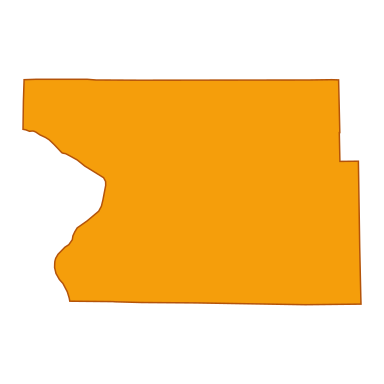 outline of Madison, Illinois, United States of America
{"feature_id": "52423323B93298735954230", "entity_name": "Madison", "entity_type": "district", "adm_level": 2, "iso_a3": "USA", "parent_name": "United States of America", "parent_adm1": "Illinois", "projection": "equal_earth", "projection_center": [-90.091, 38.828], "detail": "fine", "context": "isolated", "style": "filled", "palette": "amber", "viewbox_px": 384, "rotation_deg": 0, "n_neighbors": 0, "source": "geoboundaries", "source_scale": "gbopen_adm2", "svg_char_len": 892}
<svg xmlns="http://www.w3.org/2000/svg" viewBox="0 0 384 384"><path d="M87.4,79.3L35.8,79.3L24.1,79.7L23.4,101.2L23.0,129.3L26.0,129.9L29.5,131.3L32.4,131.0L33.8,131.2L35.7,132.0L40.0,134.9L45.6,137.5L49.2,139.8L53.9,144.3L56.1,146.6L61.8,152.7L63.0,153.2L65.4,153.6L67.1,154.4L77.3,160.0L84.7,166.0L103.6,177.7L105.6,181.5L105.7,185.4L102.9,200.1L101.4,206.2L98.7,211.2L87.0,221.0L77.3,227.8L77.2,227.9L74.8,231.8L72.9,235.9L72.3,239.7L68.8,244.7L64.9,247.2L58.0,254.3L55.7,258.3L55.0,260.9L54.9,261.3L54.7,263.6L54.6,267.6L56.0,273.5L59.4,279.5L59.5,279.6L61.7,282.1L62.9,283.4L67.3,291.8L69.2,298.0L69.8,301.2L112.9,301.6L115.3,301.8L141.4,302.5L195.4,302.9L305.4,304.7L361.0,304.1L360.8,297.0L359.7,247.0L358.4,161.2L339.9,161.4L339.3,132.6L339.8,132.6L338.6,79.9L331.8,79.7L309.2,80.0L139.2,80.2L101.3,80.0L96.1,80.0L87.4,79.3Z" fill="#f59e0b" stroke="#b45309" stroke-width="1.5"/></svg>